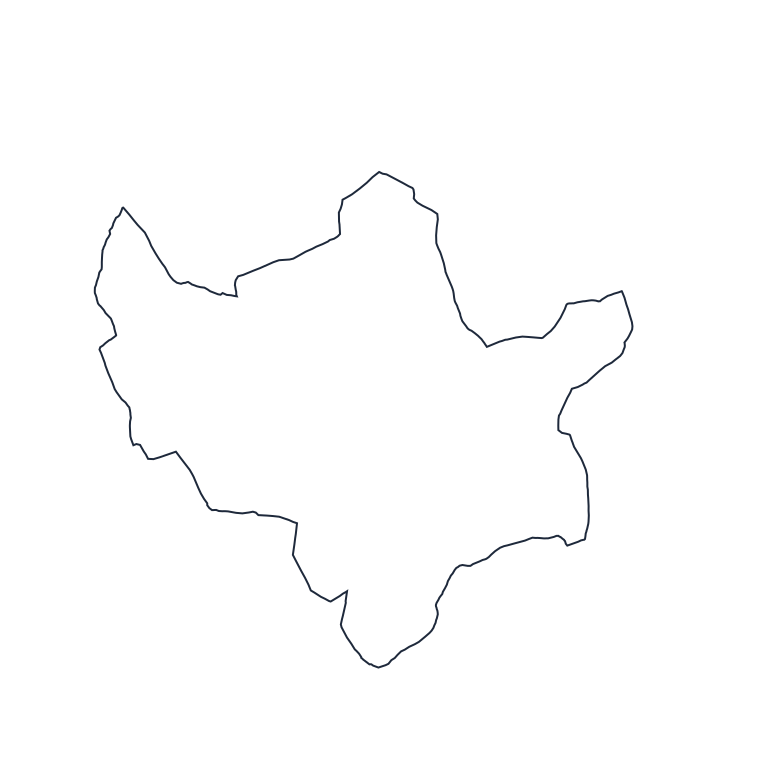 outline of Dodoma Urban, Dodoma, United Republic of Tanzania, rotated 248°
{"feature_id": "72390352B24669678050336", "entity_name": "Dodoma Urban", "entity_type": "district", "adm_level": 2, "iso_a3": "TZA", "parent_name": "United Republic of Tanzania", "parent_adm1": "Dodoma", "projection": "orthographic", "projection_center": [35.794, -6.146], "detail": "fine", "context": "isolated", "style": "outline", "palette": "slate", "viewbox_px": 768, "rotation_deg": 248, "n_neighbors": 0, "source": "geoboundaries", "source_scale": "gbopen_adm2", "svg_char_len": 6070}
<svg xmlns="http://www.w3.org/2000/svg" viewBox="0 0 768 768"><g transform="rotate(248 384 384)"><path d="M329.4,621.7L331.7,622.4L332.4,622.5L334.9,626.8L336.7,629.1L340.0,632.8L341.6,634.5L344.5,636.0L348.4,637.0L356.6,637.7L361.9,638.3L366.6,638.5L373.9,639.3L380.5,639.3L381.0,639.2L381.1,635.7L381.6,631.1L381.6,628.0L381.9,624.4L380.7,617.7L379.8,615.2L380.3,614.1L380.3,613.7L381.9,611.7L383.0,609.8L383.9,607.8L384.5,605.6L385.5,601.3L386.1,599.5L386.6,597.1L387.3,594.0L387.7,590.2L389.3,586.0L389.6,584.6L389.4,583.3L388.9,582.6L385.7,579.7L379.2,572.4L373.3,563.8L370.6,558.4L369.3,554.0L367.9,550.0L367.4,548.6L367.5,547.4L369.0,544.4L370.9,540.7L373.8,534.9L376.1,530.1L377.7,523.7L379.0,514.9L379.6,513.0L379.7,509.5L380.0,507.1L379.9,493.3L382.3,492.8L384.1,492.4L384.5,492.4L386.1,491.9L389.1,491.2L391.5,490.1L393.4,489.3L397.2,487.2L400.6,485.1L402.0,483.7L403.1,482.9L404.8,482.2L406.5,481.9L412.8,480.2L415.3,480.2L418.7,480.4L420.8,480.9L426.9,480.9L429.1,481.1L432.9,480.7L434.5,480.7L437.5,481.3L441.9,482.5L444.3,483.0L446.3,483.2L448.9,483.3L462.0,483.0L463.7,483.1L464.2,483.0L465.2,483.1L466.7,483.5L473.6,484.7L482.7,485.4L485.2,485.5L487.9,485.3L489.2,485.2L492.7,485.2L495.0,485.3L502.3,488.0L509.7,491.7L516.5,495.6L521.7,497.1L527.6,493.1L534.9,486.5L539.7,482.9L542.6,481.7L544.9,481.1L548.7,483.1L553.3,484.2L555.1,483.8L558.2,480.9L562.7,477.3L570.2,471.0L577.4,464.9L579.5,461.5L582.4,458.9L580.1,450.9L577.0,443.3L574.3,434.7L571.8,425.2L570.7,417.6L570.4,414.6L566.3,412.3L562.7,409.4L559.9,406.4L551.5,403.2L548.6,402.5L539.5,399.4L539.1,398.4L538.4,396.9L538.0,395.6L537.4,392.1L537.8,387.6L537.1,385.5L536.7,379.4L536.7,372.7L536.2,368.2L536.1,363.4L536.0,360.8L535.0,353.4L534.2,346.9L534.8,343.1L538.1,333.0L538.1,332.9L538.4,326.9L538.1,319.0L538.0,318.4L538.1,317.9L537.9,312.4L538.0,305.2L537.9,294.3L538.5,289.1L535.8,285.4L533.8,284.0L531.3,282.7L530.7,282.7L527.2,281.9L524.8,281.5L521.9,280.4L520.4,280.4L521.5,278.5L523.6,275.4L525.5,271.6L528.8,268.4L528.0,265.9L529.3,263.8L535.2,257.5L537.7,255.9L540.6,253.6L542.6,250.0L544.7,247.1L546.3,245.4L548.4,243.0L549.2,242.6L552.0,240.6L552.2,239.6L552.2,237.7L552.7,236.2L552.9,234.4L552.9,233.4L555.4,230.0L555.8,229.7L559.2,227.6L560.1,227.3L563.4,226.2L566.4,225.5L574.2,224.7L577.2,223.9L577.7,223.7L578.2,223.6L579.0,223.4L584.5,222.2L590.7,221.1L599.3,219.9L604.7,219.9L614.0,219.0L623.7,215.2L629.0,213.5L636.4,211.3L645.0,208.4L645.3,208.2L645.1,207.2L643.8,206.2L641.5,204.0L639.6,202.0L638.9,200.3L638.5,197.8L634.3,193.2L632.8,192.2L630.6,190.1L630.1,188.6L629.0,186.9L625.7,186.3L623.3,183.4L621.9,181.1L619.5,178.9L618.3,178.0L617.3,177.1L615.9,175.4L614.5,174.3L613.4,173.1L612.4,172.7L609.6,171.2L606.4,169.7L602.9,168.1L598.2,166.2L596.1,165.1L595.3,163.7L594.0,161.8L590.2,159.3L586.6,156.1L583.6,154.0L581.7,152.1L578.6,150.7L576.7,150.0L574.1,150.0L571.2,149.8L570.5,149.5L565.8,149.0L563.3,149.7L562.6,150.2L557.5,151.9L554.1,152.4L547.0,155.3L544.5,155.3L541.1,155.2L538.7,155.3L536.7,154.8L533.1,154.3L529.8,154.0L529.7,153.8L529.3,153.7L528.6,151.3L527.5,147.1L527.6,145.8L526.2,140.9L525.0,137.9L524.4,134.7L522.5,133.1L518.8,133.3L508.2,133.0L505.4,132.6L497.4,132.4L487.4,132.7L480.2,132.4L476.6,133.0L468.0,135.1L463.7,137.4L459.9,138.3L457.7,139.1L455.7,138.7L455.1,138.7L453.2,138.2L452.2,138.0L450.6,137.4L447.4,136.6L444.5,134.6L440.9,132.9L439.4,132.3L430.4,129.2L427.6,128.9L421.1,128.7L421.1,131.9L418.9,135.0L411.4,136.0L407.9,136.8L403.0,137.2L400.7,142.1L400.1,148.4L399.2,165.7L391.9,167.6L385.1,169.5L377.2,171.7L372.2,172.4L369.2,172.7L357.1,172.9L351.0,173.2L344.9,174.1L339.6,175.4L337.8,174.7L334.3,175.6L331.5,177.3L330.1,181.2L328.1,183.3L326.6,186.4L325.7,188.8L324.3,191.7L320.0,198.5L317.1,204.2L315.5,210.5L314.7,214.6L312.8,217.0L309.5,218.4L305.7,226.5L303.1,231.7L300.2,237.1L293.4,245.0L290.2,248.0L287.5,251.2L277.9,246.0L274.7,244.1L268.8,240.8L259.7,235.5L253.0,236.1L241.8,237.2L233.7,238.2L226.2,238.8L220.0,238.8L216.7,241.3L210.3,245.8L207.1,248.7L203.3,251.8L202.3,253.1L204.0,263.6L205.0,267.4L205.4,270.6L205.7,272.1L197.1,267.1L195.4,266.6L184.3,258.9L181.9,257.1L177.2,253.9L175.5,253.7L174.4,253.5L162.8,254.7L155.4,256.4L148.9,257.5L146.8,258.5L143.7,259.7L143.1,259.9L139.4,260.6L138.7,260.3L137.3,261.1L136.4,261.4L131.7,264.2L129.5,265.5L129.3,266.3L128.8,267.3L127.0,268.4L123.2,272.6L122.7,280.1L122.9,283.3L125.2,287.4L125.9,291.3L127.8,295.1L129.7,299.7L129.9,303.7L130.9,309.0L131.2,315.1L131.8,319.7L134.3,327.6L136.2,333.1L137.5,335.8L139.4,338.5L141.3,340.2L143.2,342.3L145.7,344.0L146.8,345.1L150.3,347.6L152.2,348.2L153.9,348.6L155.4,348.6L157.1,348.9L158.3,348.9L159.6,349.3L161.3,350.7L163.6,353.7L165.1,355.3L166.4,357.4L167.4,359.3L169.3,360.8L171.6,363.8L174.4,367.1L177.3,369.4L179.4,372.1L181.3,374.2L182.6,376.7L185.1,379.9L186.4,382.2L186.6,384.1L187.2,386.0L186.8,388.9L183.9,393.7L183.0,396.1L183.7,399.0L183.7,406.1L183.9,409.5L183.6,412.0L183.6,413.5L184.3,416.4L185.6,419.4L187.4,424.4L188.7,430.3L188.7,434.5L188.1,438.3L187.4,444.5L186.0,456.1L186.0,460.5L185.9,464.1L184.7,466.4L183.8,468.7L182.8,470.8L180.9,474.5L179.4,478.5L178.6,484.1L178.6,486.9L177.9,488.8L176.6,489.6L176.1,490.3L174.2,491.3L173.6,491.6L172.0,492.6L171.3,492.6L170.5,493.0L167.8,492.7L165.5,493.4L165.0,505.0L165.2,508.1L164.8,510.6L164.6,511.4L165.0,512.3L167.5,513.8L169.8,515.0L171.4,516.4L172.2,516.9L173.9,518.3L177.8,521.0L179.6,522.0L184.6,524.3L185.5,524.7L189.9,526.2L194.2,528.0L201.7,530.6L204.9,531.6L209.6,533.4L212.7,534.1L216.4,535.6L219.1,536.5L221.1,537.3L223.3,538.1L229.0,539.0L237.9,539.0L241.5,538.8L254.5,536.7L257.0,536.8L258.0,536.8L258.6,536.9L261.1,536.9L266.7,537.3L267.2,537.2L267.6,537.0L269.5,534.5L272.0,530.7L275.9,528.4L280.1,530.0L285.7,532.4L289.2,534.4L290.4,536.2L292.8,538.5L302.6,548.9L306.1,553.3L309.2,556.4L308.6,562.5L309.0,567.9L309.4,570.0L309.4,572.3L310.9,576.1L315.6,589.1L317.7,595.8L318.5,603.2L319.8,607.4L321.5,613.4L323.3,616.6L323.7,617.0L326.3,619.3L327.7,620.7L328.2,621.1L329.4,621.7Z" fill="none" stroke="#1e293b" stroke-width="2"/></g></svg>